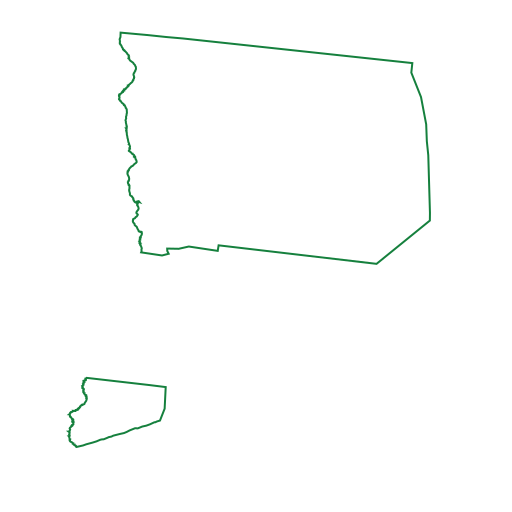 the district of Palauli le Falefa, Palauli, Samoa, rotated 96°
{"feature_id": "51752279B50623478209398", "entity_name": "Palauli le Falefa", "entity_type": "district", "adm_level": 2, "iso_a3": "WSM", "parent_name": "Samoa", "parent_adm1": "Palauli", "projection": "robinson", "projection_center": [-172.356, -13.707], "detail": "fine", "context": "isolated", "style": "outline", "palette": "green", "viewbox_px": 512, "rotation_deg": 96, "n_neighbors": 0, "source": "geoboundaries", "source_scale": "gbopen_adm2", "svg_char_len": 6091}
<svg xmlns="http://www.w3.org/2000/svg" viewBox="0 0 512 512"><g transform="rotate(96 256 256)"><path d="M202.6,86.8L195.0,87.5L137.8,95.2L124.0,98.1L107.3,100.5L80.7,108.5L57.4,120.7L47.8,120.7L47.3,351.5L47.6,368.0L47.6,386.7L48.0,414.0L52.4,413.7L54.7,414.3L55.8,413.9L56.6,413.9L57.2,413.6L58.3,413.8L59.1,413.6L59.2,413.3L59.8,413.0L59.8,412.8L61.0,411.8L62.1,411.3L63.4,410.2L64.4,409.9L64.4,409.5L65.0,409.1L65.0,408.6L65.3,408.2L65.9,408.1L66.1,407.4L67.9,405.4L68.4,405.2L69.6,403.8L69.8,403.4L71.2,403.5L71.5,403.0L72.2,403.3L72.5,403.0L72.9,403.3L73.1,402.8L74.1,402.2L74.8,401.6L76.7,398.3L77.5,397.8L78.8,396.3L79.7,395.9L80.4,395.3L82.5,394.9L83.9,395.3L84.1,395.5L84.6,395.4L85.4,395.9L86.6,396.2L86.9,396.6L87.9,396.8L88.7,396.8L89.6,396.3L90.9,395.8L91.1,396.0L92.1,395.9L92.3,396.1L92.9,396.2L93.5,396.6L94.0,396.4L94.9,397.1L95.2,397.0L95.7,397.2L96.8,398.1L97.2,398.7L98.0,399.2L99.1,400.4L99.7,400.4L99.8,401.0L100.3,400.7L101.0,401.2L101.0,401.6L101.5,401.7L102.3,402.3L102.3,402.5L102.8,402.8L103.2,403.4L103.6,403.3L103.7,403.6L104.2,403.9L104.2,404.6L105.0,404.4L105.0,404.7L106.1,405.1L105.7,405.6L106.7,406.2L107.1,405.8L107.6,406.4L107.6,406.7L108.3,407.0L109.1,407.9L109.3,408.5L109.9,408.4L110.0,408.9L110.9,408.7L111.0,409.0L111.9,408.8L112.4,408.3L113.5,408.3L114.2,408.7L114.5,408.6L114.7,408.2L115.2,407.9L115.5,407.3L116.0,407.2L116.1,406.7L117.6,405.5L118.7,403.6L119.2,403.5L119.8,403.1L119.7,402.5L121.0,401.6L122.4,401.0L122.6,400.6L123.3,400.2L123.6,399.9L127.3,399.3L127.9,399.5L129.9,399.5L130.8,399.8L132.1,399.7L132.7,399.5L134.6,400.0L136.1,399.4L136.9,399.4L138.8,398.7L139.3,398.6L139.6,398.4L140.1,398.4L140.2,398.2L141.1,397.9L141.5,398.2L142.5,398.0L142.6,398.5L143.0,398.1L143.7,398.0L144.3,398.3L144.8,398.3L144.9,397.9L145.4,398.0L146.0,397.6L146.4,397.7L147.1,397.3L148.0,397.3L149.2,397.0L150.2,396.6L152.2,396.1L153.0,395.7L156.1,394.8L157.4,394.0L157.9,393.9L158.3,394.1L158.4,393.8L159.2,393.2L160.6,392.7L161.3,392.9L162.2,392.6L162.3,393.1L162.9,392.8L163.8,393.0L164.1,393.3L164.7,393.5L164.9,393.3L165.8,391.5L167.4,389.7L167.3,389.4L167.7,389.3L168.2,388.0L169.0,387.4L169.8,387.7L169.9,387.1L170.3,387.4L170.5,387.3L170.5,386.6L171.1,386.2L172.6,385.7L173.0,385.2L174.1,384.7L175.0,384.5L175.9,385.0L177.3,386.6L179.1,387.9L179.5,388.4L179.9,389.3L180.2,389.4L181.9,390.8L183.9,391.8L184.1,391.5L185.1,392.0L185.2,392.4L185.8,392.3L186.1,392.6L186.7,392.3L187.6,392.5L188.5,392.1L190.7,390.7L192.4,390.2L193.8,390.2L194.3,390.7L194.9,390.5L195.9,391.2L197.6,390.7L198.1,389.9L198.7,389.5L199.0,389.7L199.2,389.2L202.2,388.9L203.0,389.1L203.7,388.9L204.3,389.0L206.9,387.9L208.3,387.8L208.9,387.3L209.6,386.0L209.6,385.7L210.0,385.3L210.3,385.3L211.4,384.1L211.6,384.2L212.5,383.8L212.8,383.9L213.1,383.5L213.8,383.3L214.0,382.8L214.8,382.4L215.2,381.8L215.6,380.6L215.4,380.2L214.9,380.4L214.5,380.4L214.2,380.0L213.7,378.4L214.6,377.5L214.4,378.4L214.7,378.9L215.3,379.1L216.2,379.0L217.2,379.6L217.9,379.5L218.1,379.0L218.9,378.8L219.2,378.4L220.0,378.0L221.1,377.7L222.1,377.9L224.4,379.3L225.6,379.5L226.1,379.2L227.1,377.9L227.5,377.9L229.1,378.7L230.1,379.9L230.7,380.1L231.1,380.4L232.1,382.0L232.6,382.1L233.7,382.0L234.1,382.2L235.5,381.6L236.6,380.2L237.7,380.0L238.3,379.4L239.4,377.7L241.3,376.7L242.9,375.5L243.7,375.2L244.0,374.4L243.8,374.0L244.3,373.3L243.9,372.7L244.1,372.2L244.6,372.2L245.0,371.9L245.7,371.8L246.8,371.9L248.4,372.6L248.6,372.8L249.2,372.6L249.5,373.1L249.8,372.9L249.9,373.2L250.4,372.9L250.9,373.1L251.5,372.9L251.5,373.4L252.9,373.4L253.3,373.1L253.6,373.5L253.9,373.1L254.5,373.3L255.1,372.5L255.2,372.8L255.7,373.1L256.2,372.5L256.4,372.5L256.8,372.1L257.1,372.3L257.5,372.1L258.0,371.5L260.0,370.5L260.6,370.4L261.3,370.6L263.3,370.3L264.4,370.6L265.3,349.5L262.9,343.1L260.2,344.8L257.9,345.1L256.9,333.6L253.6,323.8L254.9,294.6L249.3,294.3L251.2,135.3L202.6,86.8ZM395.8,332.1L395.5,348.3L394.9,411.7L395.6,412.3L395.7,412.6L396.2,412.2L396.7,412.3L396.7,412.9L397.2,413.1L397.5,412.8L397.9,413.9L398.1,413.6L398.4,414.0L399.2,413.5L399.6,414.4L400.0,414.1L400.4,414.3L400.7,414.1L401.2,414.6L401.7,414.1L402.2,414.1L402.4,414.6L403.2,414.8L403.8,414.7L403.8,415.1L404.2,414.9L404.6,415.1L405.3,414.7L405.6,414.8L405.8,414.4L405.8,413.9L406.1,413.4L407.0,413.2L407.3,413.7L408.3,413.8L408.9,413.2L409.5,413.5L410.4,412.8L410.4,412.3L410.9,412.4L411.7,411.8L411.8,411.0L412.1,410.4L412.5,410.5L413.0,410.0L413.4,410.6L414.3,410.0L414.7,409.5L415.4,409.4L415.6,409.7L415.9,409.4L417.7,409.7L420.1,411.0L421.1,411.2L421.7,412.1L421.9,412.6L422.2,412.9L421.9,413.2L422.1,413.6L422.5,413.8L422.9,414.4L423.9,414.8L424.1,415.3L424.7,415.2L425.6,416.3L425.9,416.1L426.4,417.0L426.8,416.8L427.2,417.7L427.7,418.1L427.8,418.0L428.0,419.1L428.4,419.0L429.0,419.3L429.1,421.8L429.5,421.6L429.7,422.1L430.3,422.6L430.6,423.8L431.0,423.8L431.3,424.3L431.6,424.2L431.9,424.5L432.3,424.5L433.0,425.2L433.0,424.6L433.6,424.7L434.8,424.0L435.1,424.2L435.4,424.0L435.5,423.4L435.8,423.3L436.0,422.8L437.1,422.2L437.2,421.9L437.6,421.8L437.3,421.2L437.6,420.8L438.4,421.2L438.6,420.7L439.3,421.1L439.4,420.7L440.0,420.1L440.5,421.0L441.1,420.3L442.4,420.0L442.9,420.3L443.0,420.8L443.5,420.9L443.5,421.5L444.1,421.8L444.4,421.3L446.3,423.1L447.0,423.3L448.0,422.7L448.5,422.9L449.3,422.9L449.8,423.5L450.1,423.5L450.2,424.1L451.0,422.9L452.2,422.9L452.4,423.1L453.1,423.2L453.4,422.8L454.1,422.9L454.4,422.5L454.6,422.6L454.8,423.3L455.1,422.9L455.9,422.8L457.1,422.3L457.5,422.3L457.7,421.6L458.3,421.7L458.2,422.0L458.9,422.1L459.4,421.8L460.1,421.0L460.4,419.8L461.1,418.7L461.6,418.7L461.6,418.2L462.0,418.3L462.7,417.5L462.7,417.1L462.6,416.6L463.2,416.5L463.6,415.7L463.6,415.3L464.3,415.2L464.7,414.7L462.5,408.2L461.0,405.1L458.6,398.9L457.0,395.2L455.0,391.6L454.5,390.1L454.2,388.3L452.1,384.4L451.6,383.7L450.7,380.9L449.6,379.2L447.2,372.7L445.9,368.8L444.5,366.2L442.7,363.5L440.0,358.4L439.8,357.3L439.9,356.3L439.7,355.4L437.5,351.3L436.2,347.4L434.5,343.9L432.0,339.7L431.9,338.8L430.9,337.2L429.7,334.3L417.4,330.9L395.8,332.1Z" fill="none" stroke="#15803d" stroke-width="2"/></g></svg>